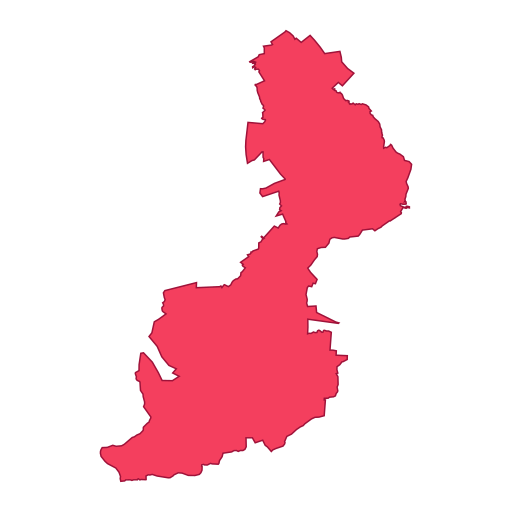 outline of Marca, Salaj, Romania
{"feature_id": "2599482B92628327794320", "entity_name": "Marca", "entity_type": "district", "adm_level": 2, "iso_a3": "ROU", "parent_name": "Romania", "parent_adm1": "Salaj", "projection": "natural_earth1", "projection_center": [22.563, 47.243], "detail": "fine", "context": "isolated", "style": "filled", "palette": "rose", "viewbox_px": 512, "rotation_deg": 0, "n_neighbors": 0, "source": "geoboundaries", "source_scale": "gbopen_adm2", "svg_char_len": 6056}
<svg xmlns="http://www.w3.org/2000/svg" viewBox="0 0 512 512"><path d="M324.2,415.7L325.4,399.9L324.2,399.9L324.3,398.3L328.2,398.2L329.4,397.2L333.5,396.8L335.4,395.9L336.2,393.4L337.4,392.0L337.8,390.9L337.1,387.1L338.1,384.6L337.9,376.7L336.2,373.6L337.8,373.1L336.9,369.7L337.0,366.7L339.8,364.7L341.9,361.9L343.2,361.6L347.2,359.5L347.3,355.7L336.1,355.2L336.3,350.8L333.1,350.2L330.0,350.1L331.3,332.3L328.6,331.0L326.5,331.0L324.5,330.3L323.6,330.5L322.9,332.2L321.9,332.3L319.5,330.4L318.7,330.2L317.6,330.8L316.9,332.5L315.0,332.6L313.5,332.0L311.1,333.4L309.0,333.3L307.6,333.8L307.9,327.1L307.8,319.2L338.4,323.4L338.9,322.9L335.8,322.0L316.6,312.5L316.0,306.0L307.6,306.5L306.6,303.0L307.1,301.1L307.2,299.3L306.0,294.5L307.3,287.6L308.6,286.0L311.7,286.7L313.1,283.2L315.4,283.7L317.1,279.4L310.5,272.3L307.7,268.1L310.8,265.1L314.4,259.9L317.2,256.6L317.5,254.3L316.8,251.5L317.4,248.7L321.1,247.5L325.4,247.3L328.9,243.1L329.8,239.3L332.0,237.8L334.3,237.4L342.7,239.0L344.6,239.0L348.3,238.4L349.8,237.0L358.2,236.1L359.6,234.6L362.4,230.1L372.5,228.8L374.9,230.8L377.9,228.7L381.0,227.2L382.2,225.9L389.5,220.8L390.1,221.0L401.2,213.7L401.4,212.7L400.6,211.6L403.1,207.5L406.1,208.3L407.6,207.5L409.4,207.9L409.4,206.8L407.5,206.3L406.3,206.3L405.8,207.4L404.0,207.2L400.4,205.7L400.0,204.3L400.5,203.7L403.4,204.3L406.0,204.1L406.2,203.7L405.9,201.7L405.3,201.3L404.6,201.6L405.2,200.2L404.9,199.3L405.8,196.7L406.0,194.2L408.3,188.4L408.1,186.8L406.6,183.5L406.1,181.5L407.8,177.9L410.9,169.3L411.6,164.3L409.1,161.6L404.5,160.4L403.4,156.7L399.9,154.1L397.5,153.1L395.9,151.9L393.0,148.1L391.7,145.3L390.8,144.5L390.5,144.4L390.1,145.4L386.8,147.7L385.5,147.3L383.7,148.2L383.6,146.7L384.4,141.6L384.2,140.2L383.1,137.9L382.1,137.7L382.1,136.0L382.5,135.2L381.9,133.6L382.0,133.0L381.7,132.8L381.5,129.7L380.1,126.9L379.7,124.0L378.2,121.5L374.8,118.6L373.3,116.9L372.7,115.3L371.4,114.9L370.1,113.4L370.0,111.7L371.3,111.0L369.0,108.5L368.6,106.9L366.0,104.9L362.4,103.8L361.2,104.5L359.1,103.7L358.0,104.3L356.2,103.8L355.2,104.8L353.1,103.1L351.8,104.1L350.7,103.8L350.1,104.3L349.5,103.9L349.1,102.7L348.4,102.1L349.1,101.2L348.9,101.0L347.1,100.4L345.8,100.7L343.6,98.5L342.4,95.0L341.3,93.4L340.4,93.2L340.0,92.3L338.8,92.9L337.2,92.6L336.5,92.1L336.2,91.0L335.4,90.3L334.7,90.5L334.2,90.1L334.5,88.9L333.1,89.2L332.2,88.2L338.3,82.4L342.4,85.8L353.9,73.2L347.6,68.5L341.7,61.8L341.3,57.3L339.9,51.4L324.7,53.6L320.2,47.2L314.5,40.2L310.1,35.4L301.2,42.4L296.2,38.2L294.9,39.3L293.2,36.0L291.8,34.7L289.6,32.7L286.0,30.7L284.9,32.0L271.0,41.8L272.5,44.5L271.3,45.1L263.5,46.2L264.3,47.9L264.3,53.6L259.2,54.7L258.2,56.8L249.7,61.7L250.0,62.2L251.4,62.2L253.8,61.4L255.7,62.2L255.4,63.0L253.5,62.5L253.0,62.9L252.8,63.3L254.1,63.2L254.7,63.6L255.3,64.6L254.4,65.1L254.2,65.8L252.6,66.7L252.7,67.7L254.2,66.8L255.6,67.4L254.6,69.0L255.2,69.7L256.1,69.2L258.5,69.2L259.5,70.8L258.9,71.9L264.5,80.8L256.4,84.5L255.3,84.5L255.1,85.0L256.7,86.7L257.1,87.9L257.2,90.4L257.8,92.8L259.5,96.9L259.7,98.7L260.5,100.1L260.7,101.3L262.2,104.4L263.2,105.2L263.6,106.0L263.0,108.2L264.7,109.5L265.0,110.3L262.5,112.7L262.8,113.7L262.9,117.4L261.9,118.0L261.7,118.5L263.1,119.4L265.4,119.6L265.5,120.1L264.7,121.8L262.8,123.7L248.0,122.4L245.9,140.4L245.6,146.8L246.1,154.5L247.5,163.3L251.9,160.6L254.4,159.9L262.0,151.9L263.0,151.9L263.1,157.4L263.8,158.6L263.6,161.4L269.4,159.5L280.6,174.2L285.2,179.0L285.2,179.4L274.4,183.4L265.9,188.1L262.4,188.8L260.5,188.7L259.9,193.0L262.6,196.6L278.7,191.2L279.2,193.0L279.0,195.0L280.4,200.9L280.4,202.5L279.7,204.0L281.5,205.9L279.9,207.6L279.6,209.7L281.1,210.7L278.8,211.9L276.2,216.0L282.6,214.1L285.9,221.6L285.7,222.0L285.9,222.8L286.9,223.9L285.7,224.1L283.6,223.6L281.7,224.0L280.1,225.2L278.2,228.0L274.3,226.1L263.7,237.9L261.7,236.3L261.2,236.8L262.6,238.3L263.7,238.6L262.4,239.4L261.0,241.8L258.8,242.9L258.7,248.2L258.2,249.1L252.9,251.0L252.3,251.8L250.9,252.1L250.9,253.2L250.0,254.1L247.5,254.8L248.7,256.6L240.6,262.3L243.2,264.3L242.3,265.1L243.0,266.3L245.3,267.8L242.3,271.7L241.0,272.6L240.6,275.8L237.6,278.8L235.9,279.0L233.3,280.7L232.1,282.2L230.7,285.0L228.3,286.6L224.5,284.7L223.9,285.0L221.9,287.6L220.9,286.0L219.7,286.7L196.3,287.7L196.5,282.6L164.9,290.6L163.4,292.8L164.3,297.5L165.1,299.6L164.4,301.5L162.7,302.8L163.4,304.0L163.6,305.9L162.0,307.4L161.9,308.7L162.3,310.8L162.8,311.5L166.0,313.9L158.6,319.3L154.3,321.8L151.9,332.8L149.0,336.5L157.2,346.4L161.8,356.8L168.9,365.4L176.3,368.8L172.7,373.0L179.2,376.3L172.4,380.7L162.1,380.5L158.4,372.8L152.3,362.1L143.5,352.8L140.8,353.3L139.1,364.6L139.0,370.6L135.5,372.6L135.3,373.6L136.4,376.8L136.1,378.5L136.4,379.4L137.2,380.4L139.6,381.5L140.0,382.3L140.5,390.4L143.0,394.1L143.2,396.7L144.6,401.9L144.6,404.1L143.6,406.7L150.9,417.0L150.7,418.2L149.5,420.5L149.1,422.0L147.2,423.4L143.5,427.1L143.3,427.7L143.3,429.9L142.9,430.7L140.0,433.7L136.9,435.0L134.4,436.8L132.2,437.5L124.3,444.3L121.6,445.8L116.1,446.3L112.8,445.3L107.3,447.4L102.2,447.6L101.0,449.7L100.5,451.3L100.4,453.2L101.1,456.4L105.0,461.3L107.5,463.6L115.8,468.0L119.0,472.2L120.5,476.4L120.2,478.7L120.8,481.3L124.7,480.9L125.7,479.9L130.2,479.8L131.9,480.4L133.6,479.8L137.4,479.8L137.5,479.3L138.4,478.8L139.9,479.9L141.0,479.5L145.8,479.7L146.1,479.6L146.0,476.0L148.2,474.8L149.9,475.0L152.2,474.4L157.1,476.0L168.3,477.8L170.1,477.7L173.0,475.9L174.0,474.8L178.2,472.8L182.1,473.1L188.3,475.4L194.9,475.5L199.3,474.4L200.9,472.7L202.0,470.2L202.1,466.6L201.6,466.2L201.8,464.8L203.7,464.4L204.4,464.9L207.3,465.0L210.4,463.4L212.3,463.9L218.3,464.2L218.9,463.4L219.5,460.6L222.1,456.7L223.0,453.2L231.7,451.9L233.9,450.6L236.4,450.5L238.3,451.4L240.3,450.5L242.9,450.5L244.9,449.4L246.2,446.8L246.0,437.8L252.4,437.8L255.2,442.8L262.7,440.2L265.2,445.3L267.4,446.9L271.3,451.5L272.8,449.9L275.9,448.5L283.0,446.1L284.6,444.0L285.0,442.6L284.6,441.6L286.8,436.4L291.5,434.1L296.5,429.5L300.3,426.9L303.2,425.6L304.8,423.8L311.5,418.9L315.0,417.3L319.0,417.1L324.2,415.7Z" fill="#f43f5e" stroke="#9f1239" stroke-width="1.5"/></svg>